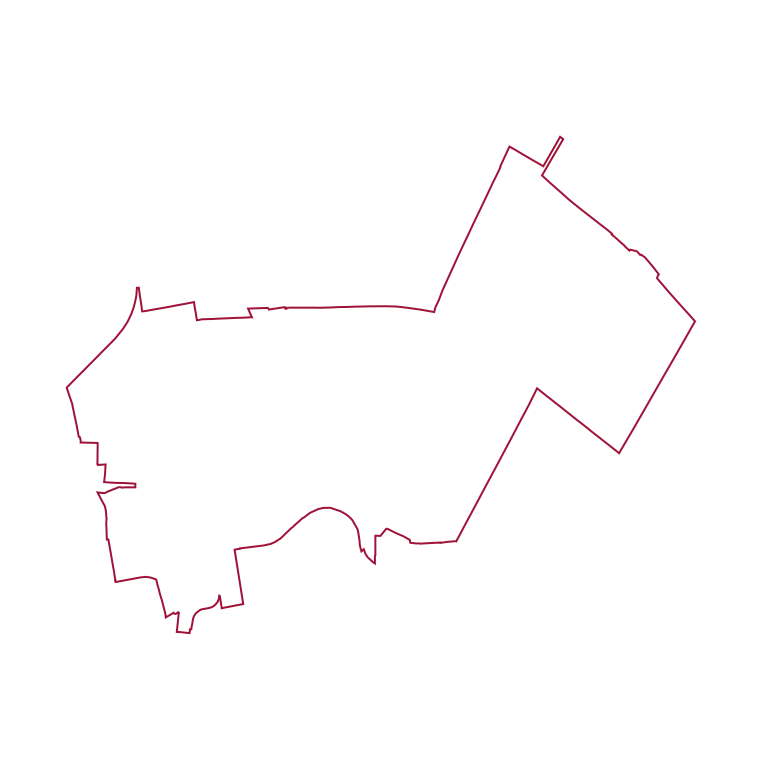 outline of Glina, Ilfov, Romania, rotated 264°
{"feature_id": "2599482B82334086063532", "entity_name": "Glina", "entity_type": "district", "adm_level": 2, "iso_a3": "ROU", "parent_name": "Romania", "parent_adm1": "Ilfov", "projection": "natural_earth1", "projection_center": [26.243, 44.373], "detail": "fine", "context": "isolated", "style": "outline", "palette": "rose", "viewbox_px": 768, "rotation_deg": 264, "n_neighbors": 0, "source": "geoboundaries", "source_scale": "gbopen_adm2", "svg_char_len": 5220}
<svg xmlns="http://www.w3.org/2000/svg" viewBox="0 0 768 768"><g transform="rotate(264 384 384)"><path d="M611.4,585.0L602.0,578.3L583.9,565.2L591.7,554.4L593.0,552.7L597.2,546.9L602.7,539.6L605.1,536.3L607.0,533.6L588.3,522.4L587.5,522.5L583.6,520.1L578.0,516.6L573.5,513.7L566.2,509.3L561.1,506.2L547.5,497.9L538.0,492.0L533.6,489.3L524.4,483.8L518.4,480.1L512.3,476.4L504.2,471.5L489.1,462.6L477.5,455.8L470.9,451.9L465.3,449.1L461.5,447.2L454.8,443.1L450.3,441.4L450.5,440.8L452.5,433.9L454.0,428.7L456.4,419.1L458.5,410.3L459.8,404.0L461.1,394.3L461.6,389.3L462.2,383.2L462.7,378.5L463.7,365.8L463.8,365.5L464.6,353.9L464.8,352.2L465.3,346.1L465.3,345.7L465.6,340.4L466.3,331.0L466.3,330.7L467.0,324.3L467.9,316.3L468.7,308.1L468.8,307.2L469.6,300.2L470.0,294.4L470.0,294.1L469.1,294.4L469.2,293.7L470.8,293.3L470.5,286.3L470.1,277.3L470.8,277.1L471.8,276.4L473.2,256.7L467.8,258.4L464.1,259.6L464.3,258.5L464.6,251.9L464.9,247.5L465.1,246.0L465.7,235.6L466.3,226.2L466.6,220.2L466.9,216.2L467.4,209.6L467.0,206.7L467.0,204.6L474.9,204.2L479.4,203.8L485.3,203.6L484.5,194.4L483.9,186.1L483.2,178.3L482.5,167.6L481.5,154.1L481.5,151.1L484.6,150.9L486.3,151.0L496.5,150.5L505.4,150.2L505.5,148.5L505.5,148.3L498.9,147.2L495.9,146.4L490.4,144.6L486.5,143.1L481.4,140.7L478.2,138.9L473.2,135.8L469.8,133.2L465.8,129.9L460.2,124.3L457.4,121.5L443.2,104.2L441.7,102.4L430.9,89.2L426.3,83.6L424.4,81.2L413.7,68.2L413.2,68.1L408.3,69.2L406.8,69.5L396.6,71.9L393.4,72.0L391.4,72.3L387.6,72.7L384.2,73.0L376.3,73.9L367.7,74.6L364.6,74.8L363.5,74.9L363.2,75.8L361.9,76.2L361.0,76.2L360.3,76.3L359.1,76.4L358.3,76.4L357.5,76.2L355.3,93.0L353.6,92.9L341.8,91.5L338.9,91.2L338.4,91.1L337.6,91.0L336.7,90.9L335.2,90.7L334.5,90.6L334.4,91.0L333.9,91.2L333.4,91.1L333.1,98.7L323.8,97.2L315.7,95.4L314.7,100.8L313.5,108.3L312.8,114.4L311.5,122.5L310.8,126.3L307.2,125.9L308.2,116.6L308.4,112.1L308.9,111.3L309.1,109.3L305.9,98.0L304.7,94.9L305.2,91.7L306.1,87.9L305.7,88.1L305.0,88.2L304.2,88.5L303.7,88.8L303.1,89.0L297.0,91.4L292.5,93.3L291.1,93.7L287.6,94.1L283.9,94.1L281.3,93.9L279.5,94.1L275.3,93.3L258.3,92.1L258.2,93.6L251.3,94.1L244.2,94.6L233.5,95.3L229.0,95.6L226.8,95.8L225.3,95.9L222.8,96.0L220.2,96.1L216.5,96.4L216.4,96.4L216.5,96.1L215.3,96.2L215.1,96.5L217.1,121.6L217.1,124.1L217.1,125.9L217.1,126.6L216.9,127.9L216.2,130.7L215.6,132.4L213.4,136.9L212.6,137.1L210.2,137.5L209.0,137.5L205.7,138.2L198.7,139.2L192.1,140.5L184.0,141.7L178.1,142.6L176.8,142.5L175.8,142.5L174.7,142.6L177.9,149.7L178.5,150.8L178.0,151.1L177.6,151.5L177.3,151.9L177.1,152.5L177.2,153.2L177.5,153.8L177.8,154.3L178.3,154.9L178.5,155.2L178.4,155.7L178.0,156.1L176.4,155.7L159.1,152.0L158.8,153.1L159.0,153.2L158.1,157.5L156.8,163.5L156.6,164.6L160.3,165.3L160.2,166.7L163.9,167.6L165.5,168.3L167.1,168.6L169.4,169.3L170.8,169.7L172.5,170.5L174.6,172.0L175.8,173.2L178.0,176.6L178.9,178.7L179.5,186.3L179.8,188.5L180.3,189.9L181.0,191.5L181.9,192.8L182.8,193.8L184.4,195.6L187.7,197.3L189.7,197.8L191.5,198.0L190.3,198.5L189.9,198.6L177.9,199.2L178.2,201.2L179.9,221.0L234.8,218.1L235.2,221.5L235.1,223.4L235.6,223.5L235.7,230.9L236.0,247.8L236.8,254.6L238.1,258.7L241.2,265.0L249.9,276.1L251.7,278.9L252.5,279.8L259.0,288.8L259.7,290.6L262.9,295.7L263.9,297.8L265.4,302.5L266.5,305.5L267.1,310.9L266.5,317.6L262.1,327.3L258.7,332.1L255.7,335.4L252.1,338.2L249.2,339.5L244.7,341.5L242.4,342.5L239.3,342.9L236.1,343.0L230.6,343.3L227.0,343.1L223.1,343.5L219.9,344.1L221.8,346.6L217.2,347.7L213.4,349.6L207.9,354.5L206.5,356.2L214.0,357.0L214.6,357.5L232.6,359.4L234.0,359.6L233.3,364.6L239.5,370.8L239.8,371.4L239.3,372.8L236.7,376.8L235.6,378.6L234.0,381.2L232.8,383.3L231.1,386.4L230.8,387.0L229.8,388.4L226.2,393.4L223.4,393.5L222.4,397.7L222.0,399.5L222.0,400.3L222.0,400.9L222.0,401.3L221.7,402.2L221.6,402.5L221.5,403.0L221.4,403.6L221.4,403.8L221.4,404.3L221.4,404.5L221.0,412.8L220.4,423.9L220.1,423.8L220.4,430.7L220.3,433.4L220.2,439.2L220.0,439.4L226.4,443.8L233.3,448.4L245.8,456.9L265.3,470.1L282.9,482.0L294.5,489.9L298.3,492.5L298.6,492.6L314.5,503.4L322.5,508.7L338.0,519.1L341.1,521.2L347.8,525.7L351.1,527.8L356.0,530.9L363.7,535.8L360.8,538.7L356.0,543.6L354.6,545.0L346.0,553.9L341.4,558.6L335.4,564.7L335.1,565.0L327.1,573.1L325.6,574.8L317.2,583.4L315.6,584.9L307.3,593.5L305.7,595.1L301.6,599.4L290.6,610.6L290.9,610.8L316.7,629.8L344.4,649.8L352.3,655.5L364.2,664.1L376.0,672.7L386.0,679.9L402.1,691.5L407.1,695.0L408.7,696.2L409.1,696.4L410.1,697.2L413.7,699.8L413.8,699.9L417.2,697.5L427.2,690.2L433.7,685.5L436.3,683.6L437.3,682.9L438.2,682.2L439.9,681.0L444.1,678.0L457.7,668.6L460.6,666.6L461.0,666.7L461.4,666.8L463.3,667.9L464.4,668.8L468.3,666.3L469.8,665.4L473.4,663.1L482.6,656.8L485.7,653.3L485.5,652.9L485.8,652.1L489.5,649.4L491.9,642.9L491.0,642.0L496.0,637.7L496.5,637.6L498.4,635.8L500.1,634.2L501.4,633.1L501.6,632.9L503.3,631.4L504.6,630.2L505.9,628.9L506.6,628.3L507.2,627.6L508.0,626.9L508.8,626.1L509.4,626.6L510.0,626.1L511.6,624.5L513.7,622.5L516.2,619.9L522.3,613.5L525.7,610.0L535.9,599.4L543.9,591.3L546.8,588.4L549.3,586.1L554.7,581.2L566.1,570.7L567.9,569.1L574.9,562.9L575.2,563.2L588.4,572.8L604.1,584.4L608.8,587.8L611.4,585.0Z" fill="none" stroke="#9f1239" stroke-width="2"/></g></svg>